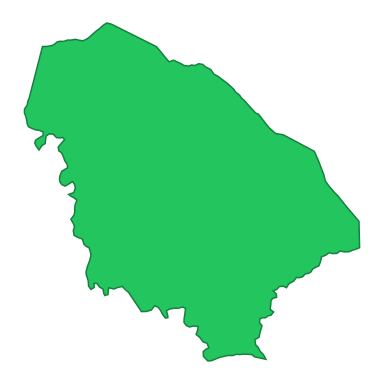 outline of Coronel João Sá, Bahia, Brazil
{"feature_id": "56859067B3761453867009", "entity_name": "Coronel João Sá", "entity_type": "district", "adm_level": 2, "iso_a3": "BRA", "parent_name": "Brazil", "parent_adm1": "Bahia", "projection": "robinson", "projection_center": [-37.952, -10.285], "detail": "fine", "context": "isolated", "style": "filled", "palette": "green", "viewbox_px": 384, "rotation_deg": 0, "n_neighbors": 0, "source": "geoboundaries", "source_scale": "gbopen_adm2", "svg_char_len": 3051}
<svg xmlns="http://www.w3.org/2000/svg" viewBox="0 0 384 384"><path d="M337.5,195.4L334.5,192.6L332.0,189.5L329.7,186.9L327.7,184.4L325.4,181.1L323.8,174.7L318.7,161.4L317.6,158.7L314.3,151.3L283.1,134.7L275.7,133.6L269.2,127.8L266.4,124.4L258.5,114.2L255.7,113.1L248.6,105.4L244.4,100.6L241.3,97.8L239.6,95.2L235.6,92.1L233.7,89.2L227.6,83.6L217.8,76.2L214.0,74.2L210.7,69.5L205.7,67.0L202.7,64.4L198.7,63.7L195.1,65.5L191.5,65.0L188.2,66.2L183.9,65.4L181.4,63.9L173.6,60.2L169.0,61.8L156.5,46.7L111.5,24.2L107.0,23.0L104.3,24.5L102.1,26.2L99.4,28.8L96.5,30.8L93.5,33.4L89.2,37.3L86.3,39.3L83.0,40.8L78.8,40.2L75.6,39.3L70.9,40.1L67.4,40.1L63.8,41.4L59.5,41.3L56.9,42.1L54.7,44.1L52.0,45.5L48.5,46.2L45.8,46.5L42.5,46.5L29.1,98.4L27.8,101.3L27.2,105.2L24.5,109.0L24.4,112.9L25.7,116.2L26.6,119.8L27.2,123.9L28.6,126.8L32.0,128.5L35.5,129.8L39.5,130.4L43.2,132.1L43.1,135.5L39.2,137.8L35.7,140.1L34.7,142.9L36.3,146.3L39.0,150.0L41.8,145.7L45.1,143.6L45.6,139.9L46.0,136.2L49.1,133.9L53.2,134.2L56.5,137.6L60.0,138.0L62.5,137.4L64.6,139.6L61.1,143.5L58.2,147.2L58.8,150.9L61.4,152.6L63.2,156.2L64.8,160.8L67.2,164.4L67.6,167.8L64.5,169.6L61.8,171.2L60.0,175.5L59.5,179.4L60.1,182.5L62.1,184.8L65.1,186.1L68.6,184.1L72.6,181.6L74.3,184.1L75.4,187.7L73.8,192.6L68.6,194.4L71.1,196.3L74.2,197.9L76.9,200.1L75.4,203.9L74.6,207.7L74.8,211.5L74.1,214.9L70.9,219.3L73.3,223.4L74.5,226.5L73.3,230.5L74.1,235.4L78.1,237.5L82.4,239.1L84.0,244.3L86.2,246.4L89.1,247.8L90.5,252.4L90.9,255.6L89.8,260.2L88.4,263.9L87.2,267.2L86.0,272.0L86.4,275.2L88.2,280.8L88.6,286.2L90.9,289.4L94.2,287.5L94.0,283.5L96.9,283.4L99.4,287.0L103.2,289.2L103.6,292.8L104.7,295.5L108.0,294.6L108.2,290.9L108.7,287.8L113.9,289.0L117.7,287.5L122.3,286.5L125.4,289.7L128.5,292.3L131.3,296.5L134.6,301.5L137.2,305.2L141.4,311.6L146.4,311.5L151.4,310.0L154.6,305.7L158.2,307.3L160.4,310.2L162.4,314.1L165.3,318.0L167.9,317.7L167.6,314.7L166.4,310.8L169.6,309.0L174.2,308.3L178.4,308.2L182.9,307.0L185.5,308.6L185.0,312.9L184.1,318.8L184.0,322.4L186.3,325.5L189.6,327.0L193.4,326.0L198.1,326.4L197.7,330.0L196.1,334.4L199.9,337.6L203.0,341.8L206.9,343.3L208.9,347.7L205.6,349.5L203.2,351.6L203.5,356.5L207.9,361.0L211.8,360.6L215.6,359.0L219.8,357.3L223.8,356.4L228.1,355.5L232.9,355.5L236.6,354.2L239.6,354.6L243.1,354.1L246.4,354.2L249.0,354.4L252.0,354.6L254.3,356.7L257.2,357.4L265.9,359.3L263.5,354.8L260.2,351.3L258.2,347.5L255.6,344.7L254.9,339.5L259.0,337.3L259.9,333.1L261.0,329.3L262.0,325.6L259.4,322.4L260.1,318.7L262.6,317.7L265.5,317.8L267.9,315.9L271.1,315.1L273.6,312.0L270.2,309.3L270.8,304.4L270.9,301.1L272.5,298.4L276.6,297.3L276.3,293.9L273.2,290.8L276.8,289.4L279.3,286.5L283.2,286.2L286.5,287.7L288.9,283.7L293.7,281.1L296.4,277.5L299.1,277.7L302.6,276.8L305.2,273.9L308.4,273.4L310.8,272.1L312.7,269.0L315.8,267.2L318.9,265.9L320.6,261.3L321.5,256.8L325.8,255.2L329.1,252.7L332.7,253.6L336.9,253.4L340.1,251.0L344.3,251.9L349.0,251.7L351.9,250.4L355.9,249.2L359.6,247.7L359.0,221.4L346.8,207.0L337.5,195.4Z" fill="#22c55e" stroke="#15803d" stroke-width="1.5"/></svg>